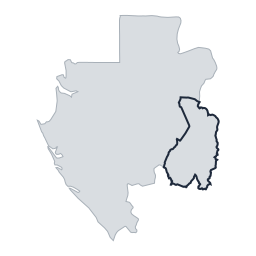 Haut-Ogooué on a map of Gabon (Natural Earth projection)
{"feature_id": "GAB-2627", "entity_name": "Haut-Ogooué", "entity_type": "Province", "adm_level": 1, "iso_a3": "GAB", "parent_name": "Gabon", "parent_adm1": "", "projection": "natural_earth1", "projection_center": [13.705, -1.23], "detail": "fine", "context": "in_parent", "style": "outline", "palette": "slate", "viewbox_px": 256, "rotation_deg": 0, "n_neighbors": 0, "source": "natural_earth", "source_scale": "10m", "svg_char_len": 7413}
<svg xmlns="http://www.w3.org/2000/svg" viewBox="0 0 256 256"><path d="M181.0,20.5L180.8,23.0L178.4,29.2L177.2,34.0L176.9,39.1L177.6,43.2L178.8,46.1L179.6,49.3L179.0,51.5L177.8,52.4L178.6,53.5L180.4,53.8L183.5,52.8L188.2,51.1L194.4,48.7L198.5,47.4L205.2,48.2L208.8,49.1L210.6,50.8L212.6,58.2L213.6,59.3L215.2,62.4L216.6,66.1L216.9,68.0L216.7,69.4L215.4,71.4L213.8,74.4L213.3,76.1L212.0,77.5L210.4,78.8L205.9,79.3L205.2,80.1L203.9,83.3L201.5,85.9L200.5,88.5L199.5,91.8L199.7,96.0L199.2,102.1L198.7,106.1L199.9,107.5L205.3,108.5L206.3,109.4L207.8,111.9L209.6,114.2L214.5,115.7L216.4,117.5L218.0,119.5L218.2,121.2L217.1,127.7L216.0,134.0L216.4,138.7L216.8,143.3L217.4,150.0L217.1,154.0L215.7,156.5L215.7,158.4L216.4,160.8L215.1,167.2L214.3,168.3L212.1,169.5L211.0,171.3L210.6,174.0L209.4,177.7L208.2,179.1L208.2,180.8L209.4,182.1L209.4,184.0L207.2,186.4L205.9,188.1L202.9,189.0L199.6,188.1L198.8,186.8L199.6,184.8L199.3,183.2L198.2,181.5L196.4,177.1L194.8,176.2L193.9,178.0L191.2,181.3L186.4,185.5L183.0,185.9L176.8,184.6L171.6,182.6L169.1,177.6L167.6,173.5L165.3,168.7L162.8,166.5L160.2,165.0L159.0,164.9L155.2,167.6L154.0,168.6L154.0,170.9L154.4,172.9L155.0,173.9L155.5,175.3L155.4,177.3L154.7,180.1L154.5,183.2L142.5,186.2L140.5,185.1L138.9,183.7L137.1,183.9L132.0,185.5L130.0,184.4L128.2,183.6L127.3,184.3L127.2,185.6L128.1,192.8L127.8,195.5L126.6,199.1L126.0,201.5L129.2,202.2L130.4,203.3L131.5,205.1L133.0,206.8L133.1,207.8L131.4,209.7L130.8,212.0L131.6,213.9L133.8,215.7L136.9,217.7L138.5,219.0L138.3,220.2L136.9,222.7L136.3,224.8L135.3,226.7L135.5,228.5L136.9,230.1L136.8,231.6L135.8,232.7L133.8,232.4L132.2,232.6L130.7,232.2L126.0,226.5L125.0,226.3L118.3,230.7L116.6,232.5L115.2,235.0L113.3,240.6L110.2,237.4L107.6,231.4L104.5,227.8L98.0,221.9L96.2,217.5L88.8,207.9L78.1,198.3L70.4,190.0L69.2,188.2L70.5,188.4L78.0,192.5L79.0,192.1L79.8,191.1L76.6,189.0L73.5,187.2L70.6,186.2L67.8,186.3L66.1,184.5L65.1,181.8L64.6,179.5L63.3,177.1L59.2,172.2L58.2,170.3L55.9,167.7L57.3,167.4L61.7,169.8L62.1,168.9L61.7,167.4L57.3,165.0L54.9,164.9L54.3,163.2L54.7,161.3L51.5,154.1L48.2,148.7L47.7,146.2L56.5,157.9L57.7,158.1L59.3,158.0L63.0,156.7L62.3,155.1L60.6,153.4L59.0,154.2L56.9,154.4L55.8,153.7L55.3,152.4L57.4,146.8L56.5,147.0L55.8,148.1L54.7,148.5L52.9,148.8L48.6,145.8L44.7,137.6L43.7,135.9L42.7,133.0L41.7,131.9L37.3,120.2L38.9,121.0L41.0,124.4L44.9,123.7L46.4,121.8L47.7,121.8L49.1,121.4L50.8,119.5L55.8,111.5L57.2,100.9L56.7,94.6L56.0,88.3L57.7,86.3L58.3,87.6L58.6,89.9L59.4,91.5L61.2,93.0L64.5,93.4L69.7,95.7L71.5,97.2L72.0,94.2L77.9,91.7L76.1,90.8L70.9,91.8L63.7,88.0L61.3,85.6L59.0,81.1L56.7,78.8L56.9,76.6L62.1,74.7L63.4,74.9L64.0,77.2L65.4,78.2L65.9,77.9L66.1,75.9L66.1,70.5L64.6,62.8L65.1,61.4L66.5,60.8L67.7,59.8L68.6,59.6L70.4,59.8L71.2,61.6L71.7,62.6L73.5,63.0L74.9,64.0L76.2,63.7L77.2,62.6L78.8,62.4L83.5,62.4L87.7,62.4L96.3,62.5L104.8,62.5L113.3,62.5L119.7,62.5L119.7,58.2L119.6,51.4L119.6,43.4L119.6,35.7L119.5,28.6L119.5,20.2L119.8,17.8L120.3,16.8L120.1,15.5L126.7,15.4L138.6,16.0L143.8,15.9L145.3,16.0L151.8,15.6L157.1,16.1L159.3,16.7L161.3,17.0L167.7,17.4L175.9,16.9L178.7,17.0L180.3,18.2L181.0,20.5Z" fill="#d9dde1" stroke="#a8b0b8" stroke-width="1"/><path d="M199.6,102.1L198.2,104.3L197.9,105.2L197.8,106.2L199.3,108.2L199.5,108.4L200.1,108.1L200.3,107.7L200.7,107.4L201.8,107.5L202.1,107.7L202.3,107.9L202.6,108.3L203.7,107.9L205.0,108.1L206.1,108.8L206.9,109.7L207.5,110.9L207.8,112.4L208.1,113.9L208.1,115.2L208.7,114.9L209.2,114.7L209.7,114.7L210.3,115.0L210.8,115.1L211.3,114.9L211.8,114.7L212.3,114.6L213.2,114.9L214.4,115.5L215.4,116.2L216.1,117.3L217.3,118.3L217.7,118.8L218.5,120.5L218.7,121.6L218.5,122.8L217.3,126.0L217.1,126.9L217.1,127.8L217.3,128.7L217.4,129.8L217.1,130.5L216.5,131.3L216.0,132.1L215.9,133.0L215.7,134.5L215.4,135.3L215.4,135.8L216.3,138.7L216.6,139.5L216.7,139.9L216.7,140.2L216.5,140.8L216.5,141.1L216.8,141.6L217.4,142.3L217.7,142.8L217.7,143.1L217.7,144.2L217.5,145.1L217.4,145.4L217.3,145.8L217.0,146.1L216.8,146.3L216.6,146.6L216.5,147.0L216.7,147.7L217.1,148.2L218.2,149.1L218.4,149.8L218.2,150.2L217.8,150.5L217.4,150.9L217.3,151.3L217.2,152.1L216.8,153.2L217.3,153.7L217.6,154.3L217.6,154.9L216.6,155.1L216.4,155.4L216.3,155.8L216.1,156.2L215.8,156.4L215.5,156.6L214.8,156.9L214.5,157.2L214.8,157.4L215.4,157.8L215.7,159.3L216.3,159.5L216.9,159.6L217.2,159.8L216.4,160.4L216.1,160.8L215.9,161.6L215.8,164.5L215.6,165.5L215.5,165.8L215.8,167.3L215.6,167.8L214.7,168.4L211.0,170.0L210.8,170.3L210.6,170.6L210.6,170.9L210.6,171.3L210.4,171.6L210.4,171.9L210.6,172.1L210.8,172.3L211.0,172.6L211.0,172.9L210.8,173.7L210.6,175.6L210.4,176.1L210.2,176.3L209.7,176.6L209.5,177.1L209.7,177.7L209.7,178.0L209.3,178.5L208.2,179.0L207.8,179.4L207.9,180.6L210.2,182.9L210.5,184.1L210.3,184.0L208.8,184.4L208.5,184.5L208.2,184.8L207.6,185.3L207.4,185.7L207.2,186.0L207.2,187.0L207.0,187.3L206.7,187.6L206.5,187.9L206.3,188.5L206.1,189.0L205.9,189.3L205.7,189.3L205.3,189.2L204.9,188.9L204.5,188.8L204.3,188.9L202.9,189.4L202.7,189.4L202.5,189.2L202.4,188.5L202.1,188.3L201.8,188.3L201.5,188.4L200.9,188.8L200.3,189.0L199.5,188.9L198.8,188.6L198.3,188.1L198.3,187.9L198.4,186.5L198.6,186.2L199.2,185.8L199.7,184.7L200.0,184.5L200.2,184.2L199.8,183.6L199.4,183.3L199.1,183.1L198.9,182.9L198.8,181.9L198.5,181.5L198.0,180.8L197.6,180.2L196.9,178.5L196.6,177.0L196.3,176.2L195.9,175.5L195.5,175.0L195.2,174.8L195.1,174.7L195.0,174.9L194.4,176.1L194.0,176.8L193.9,177.2L193.9,177.9L193.8,178.3L193.5,178.7L191.1,181.3L190.9,181.7L190.8,182.5L190.7,182.8L190.4,183.1L189.6,183.3L189.3,183.5L189.0,183.9L188.5,184.5L188.2,184.8L187.2,185.6L186.9,186.0L186.7,186.3L186.7,186.7L186.5,187.0L186.2,187.2L185.8,186.7L185.6,186.6L185.1,186.8L184.3,186.7L183.7,186.8L183.1,186.7L177.7,184.4L177.3,184.3L177.0,184.4L176.4,184.8L176.0,184.9L175.4,184.7L173.4,183.6L172.6,183.5L172.2,183.6L171.6,184.3L171.3,184.7L170.8,184.7L170.9,184.1L171.3,183.8L171.4,183.6L171.5,183.3L171.6,182.9L171.6,182.6L171.7,182.3L171.9,182.0L172.1,181.6L172.1,181.2L171.9,181.2L171.7,181.2L171.5,180.9L171.4,180.6L171.3,179.7L171.0,179.2L170.4,178.1L170.1,177.8L169.3,178.3L168.9,178.3L168.8,177.6L168.7,177.3L168.6,177.0L168.2,176.6L168.1,176.3L168.2,176.1L168.3,175.8L168.4,175.6L168.5,175.4L168.5,175.2L167.9,175.0L167.9,174.8L167.9,174.6L167.9,174.4L168.0,174.4L167.8,173.6L167.7,173.4L167.2,172.8L167.0,172.6L166.7,171.8L166.1,169.2L165.7,168.3L165.2,167.9L163.8,167.4L163.7,167.3L163.8,167.0L164.2,165.7L164.4,164.7L164.9,163.6L164.9,163.2L164.7,162.5L164.8,162.2L167.1,156.6L167.7,155.8L167.8,155.5L167.9,155.1L168.2,154.8L168.4,154.3L168.5,153.9L168.6,152.9L168.7,152.5L169.0,152.0L169.3,151.7L169.6,151.4L169.8,151.2L170.1,150.7L170.2,150.1L170.6,149.8L171.5,149.2L171.9,149.2L172.1,149.2L172.4,149.2L172.7,149.1L173.0,148.9L173.3,148.6L173.6,148.2L174.0,147.6L174.3,147.3L174.6,147.1L175.1,146.8L175.3,146.6L175.8,145.5L176.2,145.2L176.5,144.9L176.8,144.8L177.0,144.4L177.2,143.7L177.2,142.2L177.1,140.8L176.8,139.4L176.8,139.2L177.0,138.9L179.3,140.2L179.9,140.7L180.1,140.7L180.3,140.5L185.4,133.3L189.3,126.6L189.3,126.0L189.1,125.2L181.3,107.4L181.0,107.1L180.7,107.0L180.4,106.9L180.1,106.8L179.8,106.5L179.7,106.1L179.6,105.7L179.5,104.9L179.3,103.4L179.1,103.1L178.9,102.9L178.8,102.6L179.0,102.2L179.7,100.9L180.5,99.1L180.6,97.3L186.5,97.6L187.7,97.5L188.2,97.5L194.4,99.1L195.1,99.4L195.7,99.9L197.3,101.2L199.6,102.1L199.6,102.1Z" fill="none" stroke="#1e293b" stroke-width="2"/></svg>